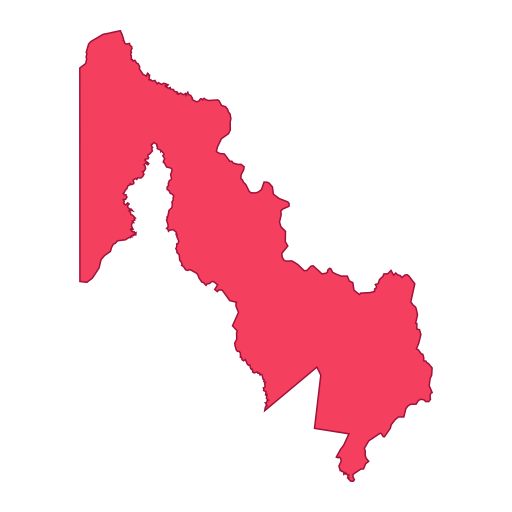 Chitambo, Central, Zambia (Natural Earth projection)
{"feature_id": "96606910B62371668778538", "entity_name": "Chitambo", "entity_type": "district", "adm_level": 2, "iso_a3": "ZMB", "parent_name": "Zambia", "parent_adm1": "Central", "projection": "natural_earth1", "projection_center": [30.302, -12.89], "detail": "fine", "context": "isolated", "style": "filled", "palette": "rose", "viewbox_px": 512, "rotation_deg": 0, "n_neighbors": 0, "source": "geoboundaries", "source_scale": "gbopen_adm2", "svg_char_len": 6045}
<svg xmlns="http://www.w3.org/2000/svg" viewBox="0 0 512 512"><path d="M432.2,392.6L429.2,385.7L430.1,378.7L431.7,375.0L432.1,367.9L428.5,363.6L426.6,362.5L425.9,361.1L423.7,360.8L423.8,357.8L422.8,354.3L421.2,353.8L418.5,350.0L416.4,348.8L418.7,343.3L420.9,334.6L419.5,329.7L416.8,329.0L416.9,323.5L415.6,323.2L417.5,315.1L416.5,309.9L415.6,307.1L413.3,305.3L410.8,301.9L414.8,283.8L408.8,275.9L407.0,274.7L404.8,275.1L402.0,277.6L400.2,275.5L397.9,275.0L395.7,273.0L393.7,275.2L391.0,270.4L387.8,273.8L383.9,273.9L382.8,276.5L379.5,279.5L378.1,283.7L375.3,284.5L376.6,286.7L376.2,287.9L374.7,288.9L374.6,291.4L370.0,292.6L360.7,293.1L359.5,294.6L354.0,290.2L352.8,282.6L349.4,281.0L347.3,276.1L341.2,276.1L336.2,274.1L332.7,272.4L331.0,269.0L329.6,268.3L328.0,269.7L327.3,272.2L326.4,273.1L322.0,273.9L313.2,265.8L310.9,266.2L306.9,270.5L304.2,270.7L297.8,264.5L294.0,262.1L291.7,260.9L285.7,261.1L283.9,260.1L282.3,257.4L281.8,253.4L287.8,246.0L285.3,241.6L285.5,231.3L281.0,226.9L279.5,222.1L281.2,214.7L280.8,210.9L283.0,208.9L289.0,206.3L289.1,203.5L287.8,201.9L279.3,198.6L273.4,194.2L272.4,186.8L269.0,183.0L267.4,182.3L264.1,182.0L261.5,189.5L258.7,191.8L255.9,192.9L250.9,192.8L249.1,191.2L245.9,184.7L243.4,182.1L242.2,179.6L240.8,178.6L241.2,174.6L243.8,169.5L244.1,166.7L241.0,164.3L238.0,164.4L233.2,163.1L231.8,161.2L229.8,161.3L224.3,153.9L219.8,153.5L216.4,151.7L217.4,147.1L221.4,138.7L228.5,133.7L230.3,130.0L230.2,121.9L230.9,118.7L230.1,114.1L228.5,112.0L227.5,109.1L225.5,106.7L221.6,105.5L219.2,101.0L217.8,99.9L208.6,100.5L206.0,99.8L204.1,98.3L202.6,99.9L201.8,98.9L200.5,98.8L198.9,101.0L196.5,101.8L192.2,99.6L192.5,98.3L190.7,95.4L188.6,94.6L187.8,92.3L186.0,95.3L185.5,93.5L183.5,94.7L180.5,93.0L178.2,94.4L177.1,93.5L177.8,93.0L177.1,91.9L174.5,91.5L173.4,89.5L170.3,89.1L170.2,87.5L168.3,88.2L165.2,86.3L165.7,85.5L167.0,86.1L168.2,84.8L163.9,83.2L161.4,84.4L158.4,82.6L157.1,83.9L154.9,80.4L152.7,81.0L151.2,80.6L150.8,79.6L149.0,79.8L149.6,75.1L148.6,75.1L148.3,73.6L147.5,73.2L146.4,76.1L143.0,74.3L139.4,68.9L139.7,66.8L138.2,63.8L136.7,63.2L134.9,60.3L133.1,61.1L132.3,59.5L131.3,59.5L131.3,55.7L130.5,54.9L131.5,52.2L130.7,51.1L132.0,48.4L131.6,46.6L129.9,45.2L129.5,43.4L126.1,44.1L124.6,42.9L124.2,41.1L123.3,40.5L123.6,39.4L122.2,34.8L120.3,30.7L103.0,34.4L90.7,41.6L88.6,44.1L86.2,52.4L86.9,53.6L86.1,57.1L86.7,58.7L85.7,63.5L79.8,68.0L79.9,281.5L86.9,282.3L92.4,278.1L99.0,268.1L101.1,259.5L104.7,255.4L110.4,251.5L111.5,247.6L113.3,244.1L115.2,243.4L117.6,240.8L125.4,239.8L129.2,237.4L130.2,237.7L130.8,236.7L131.7,236.9L131.4,235.9L133.2,235.7L133.9,235.2L133.6,234.5L135.8,234.9L136.0,232.6L135.0,233.0L134.1,231.6L132.6,231.9L130.5,229.7L131.1,228.9L132.0,229.8L133.1,229.4L131.6,226.3L131.6,224.2L132.4,222.7L133.6,222.6L132.4,221.2L134.8,220.1L134.4,218.3L135.3,218.1L132.3,214.9L130.9,214.7L130.4,212.1L128.9,210.9L129.6,209.9L132.6,210.8L130.9,208.9L130.2,209.5L127.8,207.4L127.6,205.6L129.1,204.0L127.7,202.9L125.5,204.9L123.8,203.5L124.2,201.2L123.3,199.5L125.6,199.4L127.0,197.0L125.8,195.4L126.0,194.8L124.7,194.8L123.2,193.4L124.6,192.0L125.3,190.0L126.8,188.9L128.0,185.6L129.8,185.0L130.2,183.6L131.5,184.6L133.7,183.7L133.9,182.3L133.0,180.8L133.8,179.6L135.8,178.5L136.8,179.4L137.8,177.7L141.0,178.0L142.9,176.2L144.0,174.1L142.6,171.7L144.2,171.0L145.6,168.5L145.1,166.0L144.0,164.8L145.8,163.0L146.9,163.3L146.9,164.3L147.8,164.8L148.8,163.5L144.6,160.0L145.9,159.0L147.9,158.9L148.7,157.6L147.7,156.1L148.2,154.5L149.6,154.1L152.4,151.0L151.8,148.8L152.6,147.3L151.6,146.5L151.3,144.4L152.2,144.4L153.7,142.5L157.1,144.5L156.7,145.9L157.5,146.9L157.2,148.6L160.6,150.2L160.8,151.4L161.2,150.8L163.6,153.2L163.9,154.4L162.8,155.7L164.7,158.8L163.4,161.0L163.4,162.5L164.4,162.9L166.6,167.0L170.6,168.0L171.9,169.2L172.0,170.6L170.6,174.7L171.5,178.4L171.1,179.7L169.3,180.6L168.3,183.5L168.5,185.6L167.1,187.0L167.1,189.4L169.0,190.7L170.3,193.4L172.1,194.0L173.9,195.9L173.1,197.5L173.2,199.8L171.8,202.4L172.3,203.2L172.0,207.5L169.0,210.3L168.0,215.7L166.9,217.3L167.5,218.1L166.5,219.8L168.1,225.0L167.9,227.4L166.6,228.3L168.1,229.7L168.5,231.2L169.6,230.3L173.2,229.6L176.4,232.4L176.1,234.7L177.1,234.9L176.8,236.6L178.8,241.1L177.8,243.8L176.7,243.9L176.7,246.8L175.8,248.7L176.9,250.5L176.9,252.5L179.2,254.8L179.7,260.2L181.4,262.4L182.1,264.7L181.6,265.3L183.6,266.7L185.6,269.8L187.5,270.4L190.0,269.6L196.2,273.0L197.8,274.7L199.1,278.2L201.8,282.1L203.4,282.5L206.0,285.4L207.0,283.9L209.6,283.5L211.4,281.7L213.1,281.5L215.1,282.7L217.6,284.9L214.7,289.5L217.3,291.6L218.9,289.9L222.2,290.1L229.7,300.6L236.5,302.3L235.9,303.9L236.1,306.6L238.5,312.4L232.5,325.8L237.3,331.0L236.6,332.6L236.7,339.3L234.7,343.1L235.0,345.4L236.3,350.0L237.4,351.3L239.3,351.5L240.4,353.1L240.4,357.2L241.3,357.1L242.1,359.8L243.7,360.8L245.3,359.5L247.5,364.5L249.0,365.4L249.8,365.0L250.7,368.7L251.9,368.9L251.7,369.5L252.8,370.7L252.7,372.1L254.1,372.9L257.1,372.0L258.0,373.3L259.3,373.1L260.1,375.0L260.9,374.3L262.0,374.8L263.1,379.2L264.1,379.5L263.8,381.5L265.5,382.3L264.6,383.6L265.2,386.8L263.3,388.0L263.9,388.8L263.6,390.5L266.0,391.7L265.6,394.9L267.0,394.5L266.4,398.5L268.5,400.1L267.0,400.9L266.3,403.0L265.4,402.9L267.0,405.7L266.0,406.0L265.3,407.4L264.7,410.7L316.9,367.1L320.8,375.1L314.5,428.4L348.9,433.8L343.8,445.0L340.4,449.6L336.3,457.1L338.1,457.8L339.2,457.1L340.8,458.6L341.1,461.4L338.9,466.0L340.2,470.5L340.8,470.2L341.5,471.3L342.7,471.5L343.8,472.6L343.8,473.9L344.9,472.7L345.2,474.1L346.3,473.4L347.6,475.3L348.7,475.0L347.6,477.7L348.7,477.8L348.3,478.7L350.6,481.1L353.1,481.3L354.4,479.8L352.9,476.5L353.1,474.3L361.0,469.0L363.5,469.0L365.7,463.7L368.7,461.3L366.2,458.3L365.2,455.5L365.3,451.3L364.4,448.2L368.8,440.8L380.0,433.3L381.4,433.6L383.2,436.6L384.4,436.8L390.3,428.3L391.3,424.6L395.3,419.5L398.6,416.9L403.8,417.0L405.9,408.6L408.2,405.7L410.9,404.2L416.1,404.2L418.4,400.5L421.1,399.2L424.2,400.0L425.7,401.6L428.7,401.6L430.5,399.3L430.0,395.2L431.1,393.0L432.2,392.6Z" fill="#f43f5e" stroke="#9f1239" stroke-width="1.5"/></svg>